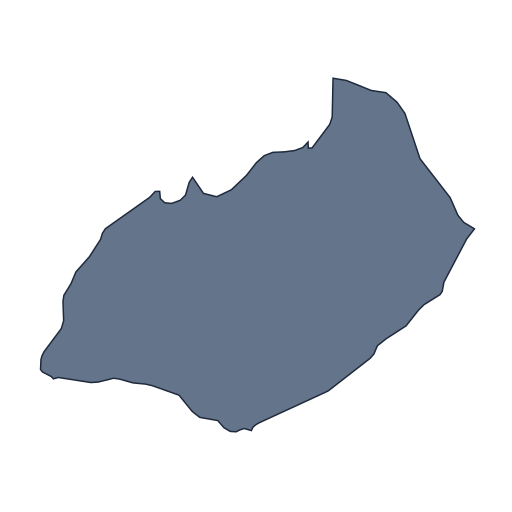 map outline of Lecce (Albers equal-area conic projection), rotated 88°
{"feature_id": "ITA-5407", "entity_name": "Lecce", "entity_type": "Province", "adm_level": 1, "iso_a3": "ITA", "parent_name": "Italy", "parent_adm1": "", "projection": "albers", "projection_center": [18.178, 40.157], "detail": "fine", "context": "isolated", "style": "filled", "palette": "slate", "viewbox_px": 512, "rotation_deg": 88, "n_neighbors": 0, "source": "natural_earth", "source_scale": "10m", "svg_char_len": 1198}
<svg xmlns="http://www.w3.org/2000/svg" viewBox="0 0 512 512"><g transform="rotate(88 256 256)"><path d="M236.5,36.7L246.2,44.8L288.7,69.1L297.8,71.1L301.0,73.4L310.5,89.8L315.8,95.5L331.1,108.5L343.1,128.6L349.9,137.8L358.1,141.6L362.3,145.6L393.4,188.6L422.8,258.7L424.8,262.4L427.2,265.2L430.3,266.7L428.0,273.8L429.2,278.1L431.0,282.0L430.4,287.9L426.6,293.9L419.1,300.0L415.3,317.9L409.2,325.1L392.4,337.8L381.9,364.4L380.2,370.7L378.5,383.5L374.2,396.8L373.2,402.6L376.5,418.3L376.7,425.4L370.5,457.8L371.7,462.8L369.3,464.8L364.5,473.4L362.0,475.3L351.8,474.5L348.0,473.2L344.3,471.2L321.7,453.1L314.0,450.5L294.7,450.5L288.6,449.4L277.1,441.8L265.6,436.5L251.0,422.6L234.0,410.8L227.8,408.6L223.4,405.5L193.6,360.1L188.0,354.5L188.0,350.0L195.3,349.6L199.6,345.4L200.5,338.5L197.6,329.6L192.6,324.3L180.1,320.2L175.1,316.7L191.6,306.3L195.4,293.2L189.0,278.4L175.2,262.8L162.8,252.4L156.0,244.3L153.0,235.5L152.9,223.8L151.9,213.5L149.2,205.4L143.9,200.0L150.0,200.0L150.0,196.2L127.0,177.7L119.8,175.0L81.0,172.8L83.7,159.6L94.6,135.0L97.3,120.5L107.2,109.7L118.7,102.2L164.5,88.7L204.5,59.9L222.3,52.8L229.6,47.3L236.5,36.7Z" fill="#64748b" stroke="#1e293b" stroke-width="1.5"/></g></svg>